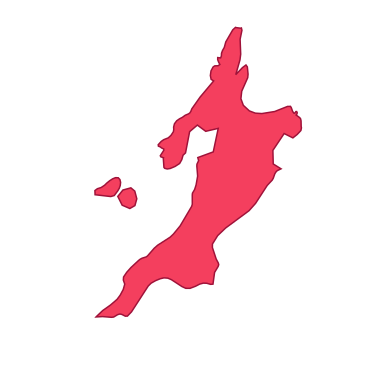 map outline of Leyte (Equal Earth projection), rotated 40°
{"feature_id": "PHL-2583", "entity_name": "Leyte", "entity_type": "Province", "adm_level": 1, "iso_a3": "PHL", "parent_name": "Philippines", "parent_adm1": "", "projection": "equal_earth", "projection_center": [124.655, 10.871], "detail": "fine", "context": "isolated", "style": "filled", "palette": "rose", "viewbox_px": 384, "rotation_deg": 40, "n_neighbors": 0, "source": "natural_earth", "source_scale": "10m", "svg_char_len": 2596}
<svg xmlns="http://www.w3.org/2000/svg" viewBox="0 0 384 384"><g transform="rotate(40 192 192)"><path d="M161.9,166.2L161.5,169.6L163.4,173.8L164.2,178.1L162.6,183.3L160.2,188.0L158.2,190.3L155.9,191.4L154.7,191.2L148.5,184.8L148.2,184.1L145.4,185.1L144.4,184.6L143.6,178.2L142.7,177.2L140.6,177.8L138.6,177.9L136.8,178.5L135.7,177.5L135.9,173.0L136.7,170.1L139.0,165.8L139.5,162.2L139.0,157.8L137.8,155.8L136.2,154.1L134.7,151.0L134.5,147.3L135.4,143.9L136.6,141.1L137.5,137.5L139.1,134.4L139.5,132.9L139.3,131.1L138.4,128.4L137.2,114.0L137.2,93.0L134.2,93.4L131.2,91.0L128.7,87.0L127.8,82.7L128.3,80.8L130.8,78.5L131.4,76.4L128.7,75.3L126.6,74.1L125.3,72.5L127.7,70.9L127.1,69.0L125.4,66.7L124.4,63.9L123.8,60.5L121.4,55.3L119.0,41.6L119.5,37.9L120.3,37.6L123.9,35.3L124.4,34.6L126.3,36.0L130.7,44.1L140.7,55.1L143.8,59.9L150.1,74.0L150.7,64.3L151.7,60.0L154.0,60.6L159.2,65.7L161.2,68.6L165.3,82.8L169.5,89.1L175.6,92.6L183.8,93.0L189.8,90.9L195.1,87.0L203.6,77.2L210.2,65.0L212.4,63.1L213.9,63.6L217.3,65.6L219.4,66.1L220.0,65.6L219.9,63.6L220.5,63.1L221.6,63.6L222.2,64.6L222.3,65.6L222.3,66.1L226.7,65.8L228.1,66.1L229.8,67.4L233.5,71.6L234.6,72.5L235.9,74.9L235.6,80.3L234.5,85.7L225.0,88.0L227.2,108.1L236.2,118.3L245.3,117.0L243.7,120.6L243.4,122.0L243.7,124.7L245.4,129.2L245.8,131.3L245.4,138.6L248.0,159.9L247.7,169.7L240.9,198.0L239.7,208.9L241.1,218.7L243.3,221.4L253.6,227.8L257.8,229.5L259.2,230.5L259.9,232.3L261.0,239.1L267.3,249.1L265.6,250.8L262.0,252.4L259.3,254.5L257.1,257.6L255.3,261.9L252.4,267.1L249.1,269.8L245.1,270.9L232.6,272.4L228.9,273.5L225.7,275.8L223.4,278.9L221.1,283.3L219.3,288.1L218.9,292.1L222.7,322.7L222.3,328.6L220.7,330.0L216.9,330.9L215.2,331.8L213.9,333.7L212.4,338.1L210.9,339.7L203.6,344.9L198.8,349.4L198.8,349.2L199.8,340.2L202.2,331.0L203.6,322.4L203.3,317.2L202.0,310.9L199.7,305.8L196.0,303.6L194.2,301.1L193.6,295.4L193.8,289.1L195.1,278.6L195.5,276.8L196.3,274.8L198.6,271.2L199.0,269.7L199.2,259.4L199.9,254.8L204.3,240.6L204.8,236.2L204.7,225.6L201.0,203.3L200.1,201.2L194.1,194.1L193.1,192.6L192.4,188.4L190.6,184.0L186.1,176.2L179.1,169.1L177.9,167.5L176.9,163.7L174.3,161.9L182.5,147.6L171.2,126.4L163.5,136.7L153.1,137.3L151.4,147.3L161.9,166.2ZM132.9,233.2L133.9,235.9L134.4,238.8L134.7,244.7L132.7,247.7L119.5,256.4L116.7,253.3L117.4,250.3L119.5,247.0L120.7,243.0L121.0,239.9L121.7,236.3L122.7,233.0L124.1,230.3L126.3,228.5L128.8,228.8L131.1,230.5L132.9,233.2ZM147.6,228.1L154.1,232.7L157.0,239.1L155.0,244.6L147.0,247.0L138.0,243.1L137.8,234.9L142.5,228.1L147.6,228.1Z" fill="#f43f5e" stroke="#9f1239" stroke-width="1.5"/></g></svg>